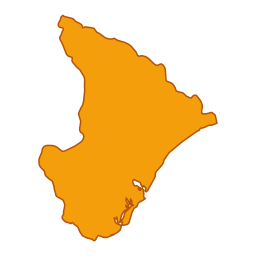 outline of Sergipe
{"feature_id": "BRA-629", "entity_name": "Sergipe", "entity_type": "State", "adm_level": 1, "iso_a3": "BRA", "parent_name": "Brazil", "parent_adm1": "", "projection": "robinson", "projection_center": [-37.484, -10.548], "detail": "fine", "context": "isolated", "style": "filled", "palette": "amber", "viewbox_px": 256, "rotation_deg": 0, "n_neighbors": 0, "source": "natural_earth", "source_scale": "10m", "svg_char_len": 4262}
<svg xmlns="http://www.w3.org/2000/svg" viewBox="0 0 256 256"><path d="M217.0,123.0L215.8,123.7L212.2,125.0L209.5,125.3L207.6,125.8L206.2,126.4L204.4,127.5L200.7,128.3L200.2,128.7L199.2,130.2L198.7,130.6L197.4,131.0L182.1,141.8L169.0,152.8L164.2,159.8L163.2,163.0L161.7,165.4L156.8,170.8L155.8,172.3L155.3,174.0L155.2,176.3L154.7,177.8L147.6,190.6L146.2,191.8L145.3,191.3L145.4,190.2L145.8,189.0L145.9,188.0L145.4,187.3L144.9,187.1L144.3,186.8L143.9,185.8L143.2,185.8L142.6,187.3L141.7,186.1L140.2,182.7L139.6,182.2L135.5,180.3L134.6,180.1L134.3,179.6L133.6,179.7L133.0,180.4L132.7,181.6L132.9,182.5L133.4,183.8L134.0,185.0L134.6,185.8L135.2,185.9L135.9,185.7L136.7,185.6L137.6,186.1L138.4,186.8L139.1,187.4L140.6,188.0L140.6,188.8L138.9,188.0L138.2,188.6L138.6,189.6L139.9,190.3L140.8,190.1L141.2,189.4L141.4,188.9L141.9,188.8L142.9,189.3L143.6,189.9L143.7,190.7L143.2,191.8L143.8,192.9L143.7,196.7L144.5,198.6L144.5,197.9L145.2,198.6L142.9,200.3L140.3,201.6L138.1,203.2L137.2,205.8L136.8,206.7L135.8,207.3L134.7,207.9L134.0,208.5L133.5,209.3L131.9,212.9L129.0,222.7L127.6,224.3L123.3,225.3L122.0,225.0L121.8,224.1L122.4,223.0L122.4,222.2L120.6,222.0L123.3,217.9L123.9,216.6L124.5,213.7L124.9,212.7L126.0,211.3L130.0,207.7L131.0,206.4L131.5,205.9L133.2,205.4L131.9,204.0L131.7,200.8L130.6,199.4L130.2,202.1L130.2,203.4L130.6,204.6L130.0,204.6L128.2,200.9L127.0,198.9L126.3,198.2L125.9,200.4L128.6,205.4L128.7,207.7L128.1,206.9L126.0,205.4L126.1,206.7L126.5,207.4L127.0,208.0L127.3,208.8L127.0,209.9L126.4,210.2L125.5,210.2L124.6,210.6L123.6,211.7L122.8,212.9L121.3,215.9L120.1,221.5L119.4,222.7L118.0,222.6L117.3,220.8L116.7,216.6L116.4,218.1L115.8,218.8L115.0,218.6L114.1,217.4L115.0,221.1L115.6,222.4L116.6,223.5L120.7,225.2L121.3,226.1L120.3,229.8L117.8,232.2L114.8,233.9L112.0,234.8L112.8,235.1L107.0,237.4L104.1,237.5L98.2,235.4L96.6,237.8L95.7,239.6L94.6,240.6L93.7,240.6L92.2,239.3L87.8,238.2L85.7,237.4L82.5,235.7L80.3,232.6L79.0,229.9L78.2,227.8L77.3,226.5L76.4,225.8L75.3,225.1L74.0,224.2L73.0,223.0L72.2,222.7L71.5,223.1L71.0,223.6L70.3,223.6L69.8,223.1L68.8,222.8L65.8,222.0L63.8,220.3L62.9,219.4L62.3,218.3L62.2,217.3L62.3,216.3L62.8,215.6L63.7,213.6L63.5,211.5L64.4,207.7L64.7,205.5L64.6,204.1L64.0,202.1L63.4,200.9L62.8,200.1L62.5,199.7L61.5,199.1L58.9,197.8L56.6,196.3L56.0,195.4L55.1,191.6L54.4,189.6L53.9,186.2L52.8,182.5L52.1,181.0L51.2,180.2L50.1,179.7L48.3,178.2L47.8,177.7L45.6,175.7L45.1,174.4L44.5,171.4L42.9,169.5L41.7,168.5L40.1,166.6L39.4,165.1L39.1,163.8L39.0,160.8L39.0,159.5L39.3,158.3L41.8,152.1L42.4,149.0L42.8,148.2L43.3,147.4L44.2,146.5L45.3,145.9L46.4,145.5L47.6,145.4L52.1,145.5L54.2,145.9L55.2,146.3L57.3,147.4L61.6,150.9L62.5,151.3L63.1,151.4L65.5,150.7L75.2,145.9L80.6,142.3L81.9,141.0L82.9,139.6L83.4,138.3L83.8,136.8L83.6,135.6L83.3,134.6L82.8,133.7L80.8,132.4L80.2,131.6L79.8,130.5L79.6,129.3L79.7,128.2L80.3,124.6L80.7,121.3L78.6,114.2L78.8,113.1L79.2,111.6L79.8,110.7L80.7,108.2L81.4,107.3L82.1,106.1L82.8,104.4L83.6,101.2L84.7,90.6L84.5,85.9L84.7,80.0L84.5,78.5L83.9,76.5L80.0,70.0L79.2,69.2L78.5,68.5L77.2,67.6L72.5,62.1L72.0,61.0L72.0,59.9L72.2,58.8L72.2,57.8L71.6,57.2L69.5,56.6L68.2,56.0L66.9,54.8L66.2,53.6L62.5,44.1L60.2,39.7L59.8,38.4L59.7,37.4L60.2,36.5L60.7,35.7L61.2,34.7L62.2,31.5L63.3,29.5L63.4,28.8L63.0,28.1L62.5,27.9L60.7,27.5L59.8,27.2L58.7,26.4L58.3,25.3L58.3,24.1L58.6,23.0L59.1,22.0L60.2,20.2L60.5,19.2L60.9,17.5L61.1,17.0L61.5,16.5L62.9,15.4L64.1,16.4L72.8,18.6L74.2,19.8L75.6,21.5L78.6,22.8L81.6,24.7L82.8,27.7L85.0,26.9L91.7,27.7L94.1,28.5L96.8,32.2L99.6,33.6L104.7,37.5L106.9,38.4L109.3,39.0L111.8,39.1L114.1,38.3L117.3,40.2L124.9,42.5L128.7,44.3L130.9,46.0L135.6,51.5L136.3,52.5L137.1,54.4L137.6,55.3L138.8,56.2L139.8,56.2L140.9,55.8L142.0,55.7L145.6,56.6L148.2,58.2L153.9,63.7L155.6,64.9L157.6,65.4L159.5,64.4L161.3,63.9L163.1,65.2L164.5,67.3L165.3,69.2L165.9,78.8L166.3,80.7L167.6,81.6L171.2,82.9L172.6,84.0L174.1,85.9L175.3,88.1L175.8,90.0L176.7,91.2L178.8,91.9L182.5,92.7L183.7,93.6L186.3,96.1L190.0,97.8L190.8,98.0L191.4,97.7L193.1,95.8L195.1,95.1L196.5,95.5L200.0,100.0L201.1,101.9L202.0,104.2L202.4,106.4L201.7,110.5L201.7,112.9L202.7,113.9L206.1,113.8L211.7,112.4L212.5,112.9L214.7,114.6L215.3,115.6L216.4,120.6L217.0,123.0Z" fill="#f59e0b" stroke="#b45309" stroke-width="1.5"/></svg>